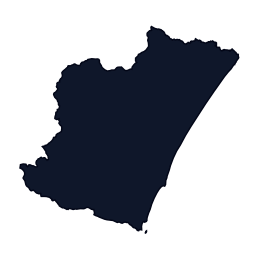 Thap Sakae, Prachuap Khiri Khan, Thailand, rotated 5°
{"feature_id": "78962969B3750900919123", "entity_name": "Thap Sakae", "entity_type": "district", "adm_level": 2, "iso_a3": "THA", "parent_name": "Thailand", "parent_adm1": "Prachuap Khiri Khan", "projection": "albers", "projection_center": [99.584, 11.545], "detail": "fine", "context": "isolated", "style": "filled", "palette": "ink", "viewbox_px": 256, "rotation_deg": 5, "n_neighbors": 0, "source": "geoboundaries", "source_scale": "gbopen_adm2", "svg_char_len": 5685}
<svg xmlns="http://www.w3.org/2000/svg" viewBox="0 0 256 256"><g transform="rotate(5 128 128)"><path d="M150.5,228.3L150.0,224.7L150.3,222.2L150.7,221.1L151.4,220.1L152.4,219.7L152.7,219.8L152.7,220.3L153.0,220.4L153.5,219.7L154.4,219.5L154.9,218.2L154.7,217.2L154.9,215.1L155.9,210.8L157.1,207.1L158.2,201.7L160.1,195.7L162.4,190.0L164.3,186.3L166.0,183.9L167.3,182.8L167.8,182.4L169.6,182.7L170.3,181.1L170.2,176.9L171.0,174.3L171.1,172.6L172.7,166.3L173.5,161.8L175.7,153.9L178.4,146.6L181.6,140.3L185.9,130.3L190.6,120.8L203.2,96.9L210.5,83.9L210.2,83.7L211.1,82.9L219.6,68.3L222.9,63.4L225.5,60.1L227.9,55.7L228.7,55.6L228.9,54.2L229.2,54.1L229.3,53.6L229.8,53.1L230.0,52.1L231.8,49.1L232.1,48.4L232.0,47.7L231.5,46.9L231.5,45.6L231.3,45.0L230.4,44.9L230.0,45.1L229.6,45.1L229.0,43.4L228.3,43.1L226.1,41.2L225.3,40.9L225.0,40.3L224.6,40.4L224.4,41.3L223.8,41.6L223.3,41.4L222.9,41.5L222.9,42.0L223.2,42.3L223.1,42.5L222.6,42.5L221.9,42.0L221.3,41.8L220.8,42.0L220.4,41.7L217.7,41.7L216.9,41.5L216.7,41.6L216.9,42.0L216.7,42.3L215.8,42.1L215.5,42.7L214.2,42.9L213.4,42.3L212.7,41.2L212.2,39.8L211.6,39.6L211.0,39.9L210.3,40.0L209.9,39.8L209.4,39.9L209.0,38.5L208.1,38.8L207.7,38.6L207.7,37.9L208.7,37.2L208.9,36.7L208.6,36.1L208.7,35.6L208.2,35.1L207.9,35.0L207.7,35.5L207.2,35.3L206.6,35.4L206.2,34.7L205.3,34.4L204.8,33.9L204.1,34.5L202.7,34.3L202.3,35.0L201.9,35.3L201.3,35.0L200.6,35.1L200.3,35.7L199.4,35.8L198.5,36.5L197.2,36.6L196.7,36.5L195.7,36.1L194.1,36.0L193.7,36.3L193.1,36.0L193.3,35.4L192.9,34.8L191.6,34.3L190.5,34.8L189.1,34.1L188.5,34.1L188.2,33.6L187.6,33.2L187.2,33.8L187.3,34.7L186.8,35.4L186.0,35.7L185.4,35.6L184.5,36.2L183.8,35.9L182.8,36.4L183.1,37.4L182.5,38.1L182.0,38.3L181.6,37.8L180.5,37.5L180.3,37.9L178.8,38.9L178.9,39.3L177.3,39.3L176.0,38.8L175.7,37.9L175.1,37.5L174.9,37.3L174.4,37.2L174.1,36.6L172.7,36.6L171.7,35.5L171.1,35.5L170.7,35.8L169.2,35.5L167.9,36.0L167.3,36.2L166.4,35.5L165.5,35.8L164.5,36.5L163.2,35.5L161.8,35.4L161.2,34.0L159.5,32.8L159.0,32.8L158.7,32.4L158.4,32.3L158.0,32.6L157.3,32.5L157.1,31.7L156.4,31.1L156.2,30.3L155.0,28.8L154.2,28.6L153.8,28.1L153.4,28.2L152.5,27.3L151.8,27.1L150.9,27.2L150.2,26.7L149.3,26.9L149.0,27.2L148.7,27.2L148.4,26.9L146.1,26.5L142.5,24.9L142.1,25.6L142.6,28.0L142.9,28.7L141.0,29.3L139.0,31.6L138.8,32.6L139.1,34.4L139.5,34.5L140.4,35.9L140.4,37.1L140.1,38.0L140.1,39.2L140.9,41.2L141.4,44.2L141.3,45.3L139.2,48.8L138.2,49.7L137.5,50.4L135.1,51.6L133.4,53.1L132.0,53.8L131.9,54.7L131.5,55.5L129.5,57.7L129.7,60.5L131.0,62.0L129.8,62.8L128.3,64.6L126.9,66.9L126.7,69.2L125.5,69.1L124.4,69.6L123.2,70.4L121.9,70.9L120.7,71.0L119.7,70.8L116.2,67.9L112.8,68.3L112.3,68.5L111.6,68.9L109.6,71.5L106.7,71.7L105.2,72.4L102.5,73.1L99.8,72.1L97.0,70.1L96.5,69.4L95.9,68.1L93.9,65.5L93.6,63.0L92.8,62.1L91.5,61.9L89.9,62.2L85.8,62.2L82.0,63.3L81.4,64.4L79.8,64.8L78.1,66.2L76.6,66.5L76.2,66.8L76.0,67.6L75.5,67.7L75.3,68.1L74.8,70.0L72.3,70.0L70.8,69.6L69.8,69.0L69.1,68.9L68.6,69.1L67.6,69.9L66.3,70.4L65.4,71.1L63.3,71.2L62.7,71.6L62.6,72.8L61.7,73.5L60.5,74.9L58.7,76.6L57.8,77.7L57.3,78.8L58.1,81.1L58.0,82.9L57.4,84.1L56.5,84.9L56.4,85.6L55.7,86.4L55.7,87.1L55.9,88.0L54.7,88.5L53.7,89.1L53.3,90.0L53.3,90.4L53.7,91.3L53.1,92.9L53.4,93.6L54.5,94.4L54.4,96.5L53.8,97.0L52.7,98.7L51.8,99.2L51.3,99.7L51.0,100.7L51.1,101.4L52.4,103.7L54.2,105.3L54.9,105.6L55.4,107.2L56.5,108.7L56.7,110.7L57.0,111.2L57.8,111.7L57.9,112.1L57.7,114.5L57.3,115.2L56.5,115.5L56.3,115.9L56.0,115.9L56.2,117.8L55.0,118.5L54.8,119.0L54.9,120.9L54.4,122.9L54.3,124.8L54.7,125.2L56.4,125.8L58.4,124.7L58.5,126.5L59.3,127.3L59.4,127.6L58.8,129.0L58.8,129.3L60.4,131.2L61.6,131.9L62.1,133.7L62.0,136.8L61.9,137.3L59.8,139.0L58.4,139.7L57.6,140.5L57.1,141.1L57.2,141.7L56.8,142.5L56.9,143.3L56.6,143.5L54.9,143.8L54.5,144.5L54.4,145.6L53.0,147.8L51.0,149.8L50.5,150.0L50.3,150.2L50.3,150.8L49.3,151.3L48.3,152.4L47.0,152.5L46.6,153.4L44.9,153.6L44.3,154.0L45.3,154.8L48.5,158.8L48.4,159.9L50.1,161.9L51.2,163.8L51.1,164.5L51.4,165.6L51.3,166.4L51.1,166.6L50.3,166.7L50.1,167.1L47.7,164.9L46.9,164.9L45.6,165.6L44.9,165.3L44.3,164.8L43.9,164.9L43.2,165.2L42.5,166.4L41.3,166.5L40.8,167.6L39.9,168.5L39.6,169.1L39.4,170.7L39.8,172.1L41.1,173.6L41.1,174.2L40.8,174.5L40.0,174.8L38.9,174.8L37.2,174.0L35.9,174.0L33.5,173.2L32.1,173.6L31.8,174.0L31.6,175.1L31.4,175.3L30.2,174.6L29.6,173.1L28.9,173.0L26.7,173.0L24.1,173.9L23.9,177.3L24.7,177.5L26.1,178.2L27.6,179.5L28.6,180.7L29.0,181.9L29.1,183.7L27.9,186.7L28.0,187.3L29.6,189.1L30.1,190.0L31.2,193.3L31.9,194.4L32.6,195.0L34.3,196.0L35.5,197.8L36.4,198.7L36.8,198.9L37.5,198.9L38.7,198.2L39.1,198.1L40.8,199.2L41.2,199.7L42.5,200.7L45.0,201.3L46.7,200.9L47.2,203.1L47.5,203.7L52.4,203.3L56.1,203.9L56.7,204.5L58.5,205.6L58.6,205.8L58.3,206.3L59.0,206.9L59.5,207.0L61.4,206.0L63.3,208.0L64.5,208.8L64.4,209.2L66.1,210.9L66.4,211.6L69.6,213.2L71.0,213.1L74.3,214.4L74.8,214.0L75.5,214.2L75.7,213.5L77.6,213.3L80.4,213.9L81.5,213.6L82.3,213.2L84.0,213.3L87.7,212.4L90.6,212.3L91.7,212.0L93.9,210.6L95.2,210.6L96.3,210.9L98.6,212.1L99.2,212.1L100.2,212.4L101.0,212.2L102.2,216.0L102.1,216.4L101.6,216.9L101.7,217.3L103.6,218.1L105.8,218.6L106.8,219.1L112.5,220.8L115.0,221.2L121.1,221.4L125.6,223.0L126.9,222.5L127.9,222.5L129.4,223.2L130.6,223.3L132.0,222.4L133.6,221.8L134.0,222.1L134.4,222.2L136.7,222.2L137.7,223.6L138.3,223.9L138.7,224.3L139.8,224.6L140.0,225.0L140.3,225.0L141.5,226.3L142.7,226.9L144.1,226.9L144.5,227.5L145.5,227.7L145.7,228.7L146.7,229.3L147.4,229.4L147.7,229.3L148.2,228.1L150.5,228.3ZM154.9,230.9L155.3,230.3L155.5,229.5L155.4,228.9L154.7,229.5L154.7,230.4L154.4,230.9L154.5,231.1L154.9,230.9Z" fill="#0f172a" stroke="#020617" stroke-width="1.5"/></g></svg>